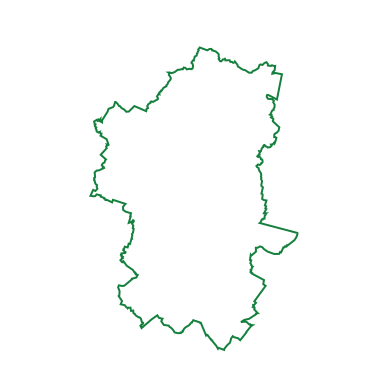 the district of Fresnillo, Zacatecas, Mexico, rotated 105°
{"feature_id": "50627088B93834363846203", "entity_name": "Fresnillo", "entity_type": "district", "adm_level": 2, "iso_a3": "MEX", "parent_name": "Mexico", "parent_adm1": "Zacatecas", "projection": "orthographic", "projection_center": [-103.067, 23.225], "detail": "fine", "context": "isolated", "style": "outline", "palette": "green", "viewbox_px": 384, "rotation_deg": 105, "n_neighbors": 0, "source": "geoboundaries", "source_scale": "gbopen_adm2", "svg_char_len": 6035}
<svg xmlns="http://www.w3.org/2000/svg" viewBox="0 0 384 384"><g transform="rotate(105 192 192)"><path d="M313.5,103.1L313.1,103.3L306.2,100.2L304.9,99.0L305.2,101.4L304.8,101.7L305.2,102.2L303.4,105.7L303.5,107.3L305.0,111.1L302.1,108.5L299.7,104.0L293.4,98.4L292.9,98.7L292.4,98.3L292.0,97.1L289.3,101.5L287.6,101.6L287.3,103.4L286.4,102.9L286.2,103.4L285.3,103.7L285.2,103.0L282.5,101.5L281.5,103.5L263.6,96.6L262.6,99.3L258.4,99.7L255.3,113.1L254.8,112.9L254.4,114.4L253.9,114.3L253.8,114.8L252.1,114.5L252.0,114.9L251.5,114.4L250.5,114.7L248.6,114.1L248.7,114.6L248.0,114.8L247.4,115.8L246.7,115.9L245.7,117.2L242.7,117.1L242.7,118.4L237.5,119.0L238.1,118.3L233.1,114.8L229.3,115.9L228.8,114.1L227.0,112.3L227.1,109.9L228.6,107.6L230.0,103.6L230.6,96.6L229.2,91.8L227.1,91.4L227.3,90.3L221.8,89.4L221.6,88.5L220.4,88.1L220.0,87.1L218.1,86.1L219.3,86.1L212.0,80.6L209.1,79.6L205.8,79.2L204.3,79.6L204.4,118.5L203.6,117.9L200.5,117.5L200.2,116.5L199.4,116.4L199.0,115.1L196.0,115.6L194.7,114.9L194.0,115.5L193.4,115.0L193.9,117.0L189.2,115.8L188.9,116.9L186.6,116.7L186.1,118.1L180.9,117.9L181.2,120.5L180.6,122.4L176.5,123.0L175.8,123.5L175.6,124.5L169.2,124.7L168.3,126.3L167.4,126.9L163.4,127.1L161.5,128.7L160.1,128.7L159.2,129.4L158.1,129.4L156.2,130.1L153.6,132.9L151.6,133.9L151.0,135.7L150.2,136.5L148.3,135.3L148.4,133.8L147.6,132.8L146.5,132.8L145.5,131.7L144.7,131.6L143.0,132.2L142.5,132.7L142.5,133.9L141.1,134.7L140.7,135.5L140.6,136.7L141.1,137.2L140.6,138.2L139.4,137.6L138.5,136.3L137.5,137.0L136.3,136.6L135.2,137.6L135.1,136.4L134.6,136.0L132.3,135.9L130.8,135.5L130.3,134.8L129.4,135.1L128.0,134.6L127.8,134.1L128.8,133.0L128.8,131.7L129.4,130.3L128.4,128.1L126.7,127.1L125.7,128.0L125.0,126.4L122.8,125.3L123.5,124.8L121.4,124.5L117.8,124.5L117.4,125.7L117.7,126.8L115.1,127.4L113.8,126.7L113.1,125.7L110.6,124.3L106.9,124.4L102.9,132.0L102.3,132.4L101.3,132.1L100.1,132.6L99.6,134.9L98.4,134.2L98.0,135.0L97.1,135.0L97.1,136.7L96.4,136.3L92.8,135.7L91.4,134.3L90.7,134.8L89.1,134.2L86.2,134.8L84.3,136.8L82.8,136.5L81.6,138.5L82.3,142.8L80.8,144.4L79.9,144.6L78.8,144.5L78.6,142.9L80.7,133.9L55.0,135.6L55.5,143.0L55.9,143.0L57.0,145.0L55.5,145.1L52.9,143.7L48.7,144.3L49.1,145.3L48.9,147.0L49.2,148.2L49.9,148.5L50.2,151.4L48.7,151.9L47.3,153.7L48.8,155.5L51.1,156.8L51.0,158.8L51.9,159.7L55.3,159.9L58.4,162.9L59.1,164.3L61.3,165.3L62.0,167.9L60.6,171.9L60.6,175.0L58.8,180.3L57.4,181.0L54.9,184.3L55.7,184.4L56.6,185.6L55.9,187.1L56.4,188.6L55.0,189.8L56.2,193.8L54.8,194.7L55.7,195.5L55.9,196.4L58.1,197.5L58.4,198.7L56.6,200.7L55.8,200.2L54.2,201.4L52.4,201.7L51.6,202.4L50.1,205.5L50.0,209.0L49.6,208.9L48.8,210.5L49.5,212.3L51.2,213.9L50.4,221.9L52.8,222.9L53.6,222.2L55.5,222.8L56.6,222.6L57.0,223.1L59.0,222.8L60.5,224.4L64.6,224.3L64.7,225.2L67.0,226.0L67.5,225.9L68.2,224.5L69.7,223.7L72.6,223.4L73.5,224.3L73.5,225.9L74.9,228.9L73.8,230.5L73.9,232.2L75.8,232.6L75.9,233.9L76.8,234.9L77.7,237.5L80.4,239.5L81.9,241.5L82.6,243.1L82.3,244.3L82.7,245.6L83.0,244.7L84.8,244.7L86.5,242.7L87.9,241.8L88.8,241.8L92.2,243.4L94.0,243.5L95.8,244.4L96.5,244.1L98.7,246.5L102.3,247.7L102.7,247.9L102.5,248.3L103.6,248.6L104.2,249.3L105.8,248.8L105.5,249.5L108.8,250.6L110.0,249.3L111.2,249.0L115.1,253.0L115.0,254.6L115.6,255.4L116.5,255.1L118.3,256.8L120.6,257.5L122.3,256.2L123.5,257.4L125.8,257.2L123.9,269.9L130.6,273.8L131.5,276.2L129.8,279.0L129.2,281.6L127.7,284.0L127.9,284.6L126.0,286.8L124.8,289.1L125.0,289.6L128.6,289.6L130.3,290.1L133.3,294.1L136.4,294.4L146.1,297.4L148.0,296.9L147.4,299.1L146.2,298.7L145.9,299.3L145.3,299.4L146.6,300.0L146.3,300.7L147.3,300.7L147.0,301.4L147.6,301.8L146.8,302.5L149.2,304.8L151.3,303.7L151.5,302.8L152.3,303.3L153.5,302.3L153.9,302.5L154.4,301.2L155.8,301.4L156.7,300.2L157.9,300.0L158.5,299.1L158.5,297.6L157.9,296.8L158.6,296.9L158.4,296.1L159.5,295.0L159.2,294.6L160.1,294.4L161.3,294.9L163.1,288.1L167.6,285.1L168.0,286.5L168.7,285.5L169.4,286.4L170.6,286.7L171.7,285.7L179.7,289.8L182.8,283.5L183.7,284.0L186.2,284.2L187.6,285.7L189.4,286.1L189.8,285.3L190.7,285.0L190.7,283.8L191.5,283.1L195.2,287.5L196.0,289.7L198.3,291.1L202.3,289.6L203.5,289.6L203.7,290.1L205.9,289.6L205.8,289.2L209.0,287.5L209.9,285.5L211.5,285.5L213.4,284.2L216.0,285.6L215.6,288.0L222.0,289.1L221.6,285.9L221.0,284.4L219.0,283.5L218.9,279.2L220.1,279.1L220.5,275.2L221.1,275.2L221.5,273.5L222.1,273.4L221.7,271.7L222.7,266.5L220.0,266.3L220.7,253.2L224.2,254.8L227.1,253.9L228.2,250.9L228.3,245.4L231.6,245.4L231.6,244.9L238.2,245.1L237.2,243.6L235.1,241.5L234.5,241.5L234.7,240.9L235.5,240.6L238.1,241.7L239.9,239.9L242.2,239.9L242.6,238.8L246.7,238.5L248.3,239.1L249.4,238.4L251.7,238.4L252.7,237.8L253.0,238.4L258.3,238.4L258.3,239.8L262.2,239.8L262.2,242.8L265.1,242.9L265.1,243.4L266.1,243.4L267.3,240.6L268.1,240.7L269.6,244.3L271.2,244.4L271.3,243.5L272.2,243.5L272.4,242.1L273.8,242.6L273.9,241.8L276.4,243.5L277.8,241.6L277.1,241.0L277.5,240.5L276.7,240.2L280.2,235.8L282.5,229.1L285.3,225.8L284.8,225.7L285.7,224.4L286.2,224.5L286.2,223.0L289.0,223.6L291.1,227.3L291.3,227.0L300.0,233.1L300.8,234.8L301.1,238.5L303.2,238.7L306.5,236.3L310.9,235.4L311.5,235.9L315.4,231.4L318.9,231.8L318.8,227.5L320.4,225.5L320.5,224.4L321.0,224.0L320.2,223.5L319.6,221.5L322.7,220.1L321.7,218.1L324.3,217.1L324.5,215.7L325.7,214.6L326.9,211.0L326.6,210.2L327.6,208.5L330.6,206.8L331.0,205.3L332.3,205.4L333.2,206.7L334.5,206.2L334.8,207.0L336.5,205.5L325.4,198.0L320.1,193.6L322.2,191.2L322.0,187.7L324.8,188.2L327.7,184.8L327.1,179.8L328.1,178.8L328.3,177.6L330.0,174.7L332.1,172.5L332.0,168.9L331.3,166.8L330.7,166.7L330.7,165.8L329.9,165.3L328.8,165.2L328.9,164.7L326.2,164.3L324.4,163.2L321.5,160.4L317.9,158.6L317.9,158.2L315.5,157.6L315.9,150.7L316.4,150.2L316.1,149.6L326.9,141.3L326.0,141.0L326.2,139.9L329.2,136.1L329.3,135.5L329.8,135.4L330.1,134.1L330.5,134.1L334.3,128.7L336.7,126.3L335.7,125.9L336.2,120.1L335.0,120.2L331.2,118.5L327.6,116.3L323.3,116.3L320.7,115.3L321.3,114.1L321.4,109.6L322.7,107.1L313.5,103.1Z" fill="none" stroke="#15803d" stroke-width="2"/></g></svg>